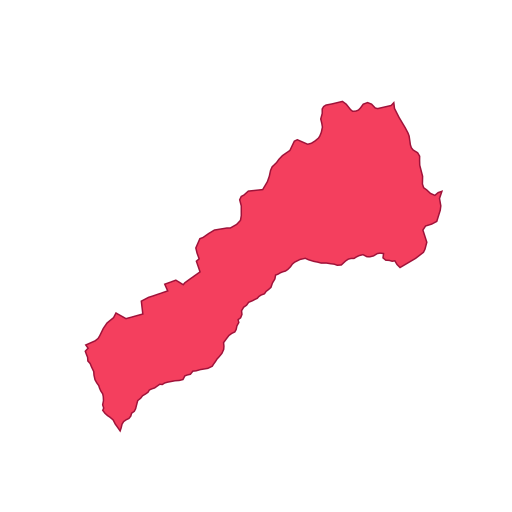 Belém do Brejo do Cruz, Paraíba, Brazil, rotated 340°
{"feature_id": "56859067B47597011454876", "entity_name": "Belém do Brejo do Cruz", "entity_type": "district", "adm_level": 2, "iso_a3": "BRA", "parent_name": "Brazil", "parent_adm1": "Paraíba", "projection": "robinson", "projection_center": [-37.396, -6.149], "detail": "fine", "context": "isolated", "style": "filled", "palette": "rose", "viewbox_px": 512, "rotation_deg": 340, "n_neighbors": 0, "source": "geoboundaries", "source_scale": "gbopen_adm2", "svg_char_len": 3054}
<svg xmlns="http://www.w3.org/2000/svg" viewBox="0 0 512 512"><g transform="rotate(340 256 256)"><path d="M265.5,194.6L262.5,195.0L259.9,197.6L259.3,203.9L256.0,213.0L253.6,217.2L248.6,219.7L241.5,220.9L238.0,219.7L225.8,217.4L219.2,218.7L212.5,220.5L209.2,220.5L202.2,227.9L201.6,233.1L201.6,239.2L198.2,240.5L198.0,251.8L185.2,255.3L180.0,256.8L177.8,258.1L172.4,251.3L160.6,251.3L161.1,258.6L145.1,258.3L140.9,258.1L132.8,259.2L129.8,271.8L112.4,270.4L104.9,261.7L101.1,265.2L93.1,268.0L87.8,271.8L81.8,277.6L79.4,279.5L75.8,280.7L65.6,281.4L66.7,285.2L63.0,287.1L63.0,290.6L63.1,293.6L62.1,297.2L63.4,300.4L63.5,303.8L64.0,309.1L63.0,312.6L62.4,317.2L63.0,320.8L63.9,324.0L63.8,326.8L64.0,329.7L64.8,333.1L64.4,335.9L63.2,339.8L61.0,343.4L60.9,346.8L59.2,348.6L60.3,352.2L61.9,355.2L63.6,357.5L65.7,361.2L66.3,366.0L67.1,368.7L68.5,373.9L70.5,371.4L72.6,368.2L75.0,366.3L77.9,365.5L81.0,365.2L83.6,363.6L85.3,361.2L88.5,360.3L90.6,358.4L92.9,355.0L95.4,351.4L99.1,350.1L101.6,348.5L104.9,347.9L107.9,347.1L110.0,345.4L112.7,345.2L115.6,345.3L118.8,344.4L121.7,343.6L124.0,344.7L126.6,344.1L129.7,344.3L133.3,344.9L137.2,345.5L141.3,346.7L145.1,347.1L148.2,344.3L150.8,344.3L153.9,344.7L157.3,342.6L160.3,343.4L164.8,343.7L172.3,345.1L177.2,344.6L179.4,342.9L181.8,341.3L184.1,339.5L186.8,338.1L190.7,335.8L193.7,332.7L195.0,329.8L195.9,326.3L199.8,323.7L203.4,321.4L206.9,320.4L210.1,320.1L212.2,318.3L214.2,315.1L217.1,312.6L217.4,309.7L220.4,308.8L222.8,306.1L223.7,302.5L226.9,299.9L230.3,299.0L233.2,297.0L237.5,296.8L240.2,296.4L242.7,296.2L244.9,295.0L247.6,294.4L251.0,294.4L253.4,292.7L256.3,291.8L259.3,290.6L262.2,287.0L265.9,284.0L267.9,280.6L270.4,280.6L273.1,280.1L275.7,280.0L278.5,280.2L281.3,279.5L284.7,277.9L287.4,276.0L290.2,275.0L296.2,274.3L301.5,275.0L304.2,277.6L308.6,280.9L311.8,282.8L314.8,284.9L319.8,286.7L323.5,288.8L326.7,290.4L329.2,292.5L333.1,293.6L338.5,291.3L341.7,290.5L344.5,290.8L347.3,291.8L350.0,291.2L353.0,290.9L357.0,291.3L360.0,294.6L362.7,295.7L366.5,296.1L370.8,295.2L373.5,295.7L376.7,297.3L374.7,301.2L376.5,304.3L379.7,305.7L382.2,307.5L384.8,308.0L385.6,312.2L387.4,316.1L405.2,312.8L414.6,309.8L417.1,307.4L421.2,301.5L421.7,288.7L425.6,285.8L432.0,286.1L437.7,285.3L444.8,276.0L446.8,272.1L448.1,264.7L452.8,258.8L448.9,258.7L444.8,260.2L441.3,256.8L439.0,252.3L436.9,249.2L437.0,245.3L439.8,238.1L440.9,226.7L442.5,221.9L443.9,218.2L443.2,214.3L439.9,210.1L439.0,207.4L439.1,204.3L440.9,195.7L440.9,192.6L440.1,186.7L437.8,174.7L436.6,164.7L437.9,159.1L434.5,160.8L420.8,159.1L418.7,157.8L416.5,152.8L413.3,150.0L408.7,150.0L404.7,152.7L402.2,153.9L399.4,154.0L396.3,153.1L394.9,150.8L392.7,144.2L390.1,140.3L379.5,139.1L373.4,138.1L370.7,138.7L368.5,140.5L367.0,144.7L363.7,149.4L363.2,153.9L362.5,157.6L359.7,162.1L357.0,165.1L355.0,166.6L350.8,168.1L346.7,169.0L342.8,168.7L334.6,160.9L331.3,161.2L324.0,168.4L315.2,170.7L310.6,173.0L307.2,175.3L301.7,177.7L299.0,180.5L295.8,185.6L292.1,190.1L285.0,195.9L271.0,192.4L265.5,194.6Z" fill="#f43f5e" stroke="#9f1239" stroke-width="1.5"/></g></svg>